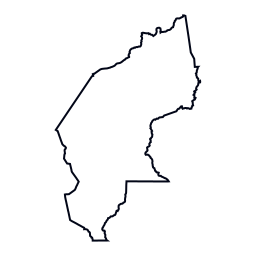 Santa Luzia, Maranhão, Brazil (Albers equal-area conic projection)
{"feature_id": "56859067B91143147838323", "entity_name": "Santa Luzia", "entity_type": "district", "adm_level": 2, "iso_a3": "BRA", "parent_name": "Brazil", "parent_adm1": "Maranhão", "projection": "albers", "projection_center": [-45.858, -4.292], "detail": "fine", "context": "isolated", "style": "outline", "palette": "ink", "viewbox_px": 256, "rotation_deg": 0, "n_neighbors": 0, "source": "geoboundaries", "source_scale": "gbopen_adm2", "svg_char_len": 5848}
<svg xmlns="http://www.w3.org/2000/svg" viewBox="0 0 256 256"><path d="M198.2,66.8L194.8,66.9L194.2,58.8L190.8,52.5L189.6,44.0L188.5,36.4L185.4,15.9L184.6,15.6L184.0,15.4L183.1,15.4L183.1,16.5L182.4,17.0L181.7,17.2L181.2,17.6L180.6,17.7L180.0,18.2L179.1,18.5L178.3,18.4L177.3,18.4L176.4,18.6L175.9,19.2L175.5,20.4L174.8,20.9L174.7,21.8L174.0,22.7L173.8,23.5L173.8,24.9L173.6,25.7L173.3,26.2L173.1,27.2L172.3,27.4L171.4,28.1L170.8,29.1L169.6,29.9L168.9,30.0L168.3,30.1L167.3,30.3L166.8,31.0L165.4,31.7L164.4,31.7L163.4,31.9L162.2,32.0L161.4,31.9L160.5,32.6L160.3,31.6L160.6,30.8L160.7,30.1L160.5,29.3L160.4,28.4L159.1,27.7L157.3,28.0L156.5,28.9L156.4,30.1L156.7,31.2L156.6,32.2L156.3,32.8L156.0,33.8L155.5,34.3L155.0,34.8L154.4,35.3L153.8,35.6L153.3,36.0L152.6,35.2L152.1,34.8L151.3,34.8L150.6,34.5L149.8,33.7L149.0,34.1L148.4,33.2L147.6,33.3L146.9,33.4L145.9,33.2L145.1,33.2L144.5,33.0L143.8,32.9L142.9,32.7L141.8,33.1L141.8,34.1L142.2,34.8L141.7,35.6L141.2,36.3L142.0,37.4L142.1,38.6L141.9,39.3L141.5,40.1L141.3,40.8L141.6,41.5L141.0,42.7L141.3,43.9L141.1,44.9L140.7,46.0L140.0,46.6L138.9,46.5L138.1,46.8L137.5,47.1L136.8,47.0L136.1,47.1L135.2,47.7L134.3,47.5L133.6,48.2L132.8,48.3L132.0,48.5L131.4,49.0L130.8,49.3L130.2,50.1L129.5,52.0L129.9,53.0L129.2,53.7L128.8,54.4L128.6,55.5L129.1,56.3L129.1,57.1L128.1,57.5L127.0,58.1L126.4,58.4L125.7,58.6L125.0,59.6L124.0,60.1L121.5,62.1L120.3,62.8L119.4,63.1L118.0,63.3L117.0,63.5L116.1,64.1L115.6,64.7L114.6,65.7L113.4,66.3L112.0,66.9L111.1,67.1L110.4,67.5L107.1,68.4L104.4,68.6L101.9,68.9L100.4,69.4L93.9,74.0L93.3,73.8L92.8,74.1L93.1,74.9L93.2,75.9L92.6,76.0L91.9,76.3L81.0,92.5L68.1,111.6L55.8,129.9L56.3,130.2L56.8,130.6L57.6,131.0L58.0,132.0L59.5,136.3L60.2,138.2L60.9,140.3L61.3,141.4L61.6,142.1L62.4,144.3L63.8,145.7L65.1,146.5L65.5,147.1L65.9,147.6L65.8,148.3L65.5,148.9L64.9,149.4L64.6,150.1L64.7,151.5L65.0,153.6L64.6,154.0L64.4,154.8L64.1,157.9L64.0,158.6L67.1,163.5L70.0,163.9L71.4,169.7L71.6,171.0L71.9,171.9L72.8,173.2L76.2,177.9L76.8,178.8L77.1,179.3L77.5,179.8L78.7,181.7L77.7,183.7L77.1,185.1L76.3,186.5L75.8,187.9L75.0,189.7L73.9,190.6L68.9,194.2L66.0,194.3L64.9,194.5L65.2,197.2L65.7,199.7L66.1,201.4L66.3,202.3L66.4,202.8L67.6,208.4L67.9,209.7L68.0,210.4L68.2,211.2L68.4,211.9L68.8,213.8L70.1,220.0L71.8,221.1L74.1,222.3L76.7,223.7L78.4,224.7L80.3,225.7L82.4,226.9L84.2,227.8L84.3,228.4L84.2,229.2L85.1,229.1L86.7,229.4L87.5,229.8L88.1,230.6L88.5,231.6L89.2,231.9L89.8,232.5L90.0,234.1L90.1,235.9L90.5,236.3L91.4,236.9L91.5,237.6L92.2,237.8L92.7,239.8L92.7,240.6L107.2,240.5L106.4,239.9L106.2,239.2L106.0,238.4L105.2,237.3L105.3,235.6L105.3,234.7L104.8,233.7L104.6,233.1L104.9,231.5L104.5,230.7L103.3,230.7L102.3,229.6L102.3,229.0L102.4,228.1L102.9,227.6L103.4,226.4L104.3,225.0L104.6,224.4L104.8,223.8L104.9,223.1L105.6,222.5L106.1,221.9L106.5,220.9L107.1,220.1L107.7,219.6L107.9,219.0L108.0,218.2L108.8,218.0L109.5,217.8L110.8,216.4L111.8,216.4L112.6,216.3L113.1,215.9L113.8,215.3L114.8,215.1L115.4,214.5L115.6,213.8L116.0,212.6L116.3,211.9L116.4,211.1L117.1,210.6L117.7,210.9L117.9,210.4L118.4,209.9L118.8,208.9L118.6,207.6L118.6,206.7L118.6,205.9L118.9,205.3L119.3,204.8L119.9,204.5L120.7,203.9L121.3,203.8L122.2,203.7L122.8,203.4L123.4,202.6L124.5,202.2L125.0,201.5L125.1,200.8L125.0,199.5L125.1,198.6L125.2,197.7L125.4,197.1L125.5,196.4L125.4,195.3L125.3,194.4L125.9,193.7L126.1,192.7L126.2,189.7L126.3,184.8L126.5,181.3L142.7,181.4L145.4,181.4L167.6,181.5L168.7,181.4L168.0,180.3L167.3,179.5L166.6,179.0L165.9,178.5L165.3,178.2L164.6,178.1L163.7,177.5L162.8,177.1L162.2,176.8L161.5,176.6L160.9,175.9L160.2,175.9L159.6,175.9L158.7,175.6L158.3,174.6L158.4,173.7L158.7,172.7L157.6,172.4L156.7,172.4L156.3,172.1L156.1,171.4L155.3,171.0L155.0,170.5L154.9,169.7L154.6,169.1L154.4,168.2L153.7,167.9L153.1,167.4L153.0,166.5L152.7,166.0L152.7,165.2L152.6,164.3L152.4,163.7L152.3,163.0L152.3,162.1L152.5,161.5L152.4,160.7L152.3,160.0L151.8,159.0L151.3,158.4L150.7,158.0L150.4,157.0L149.8,156.6L149.5,156.0L149.2,155.5L148.6,155.3L147.9,154.7L146.4,154.7L145.8,154.8L145.3,153.9L145.4,153.0L145.7,152.4L146.2,152.0L146.6,151.4L147.1,151.1L147.5,150.6L147.5,149.9L147.3,149.3L147.2,148.6L147.1,147.5L147.7,147.0L149.1,146.3L149.7,145.6L149.4,144.6L149.3,143.9L149.7,143.3L150.0,142.7L150.8,142.0L150.5,141.2L150.7,140.4L150.5,139.8L150.1,139.3L150.2,138.7L151.0,138.3L151.3,137.6L152.0,137.0L152.2,136.3L152.2,135.7L152.3,135.1L152.4,134.4L151.8,133.7L151.8,132.8L151.5,131.9L151.7,131.3L152.1,131.0L151.8,130.4L151.2,129.6L150.9,128.9L150.4,128.3L150.8,127.7L150.7,127.0L150.4,126.1L150.5,125.1L150.8,124.5L151.0,123.7L151.2,123.0L151.5,122.6L151.9,122.1L152.3,121.1L153.2,120.2L153.8,119.7L154.6,119.4L155.4,119.7L156.0,119.1L156.7,118.6L157.4,118.8L158.3,118.6L158.6,118.0L159.4,117.5L160.1,117.3L160.8,117.4L161.8,117.1L162.8,117.1L163.3,116.5L163.7,116.1L164.2,115.5L165.8,115.0L173.7,112.2L176.3,111.3L176.8,110.7L177.4,109.6L178.1,108.9L178.7,108.9L179.4,108.5L179.7,108.0L180.2,107.5L180.7,106.8L181.1,106.4L181.9,106.3L182.1,107.1L182.0,107.8L182.5,108.1L182.7,108.7L183.6,108.4L184.3,108.3L185.0,108.0L185.9,108.0L186.5,108.1L187.0,108.5L187.8,108.1L188.8,108.4L189.6,108.9L190.6,108.8L191.4,108.6L191.5,107.5L192.0,106.9L192.3,105.7L193.1,105.4L192.8,104.1L192.7,102.3L192.4,101.8L192.2,101.2L193.0,100.6L194.1,99.8L194.8,99.5L195.5,98.0L194.3,97.7L194.5,96.8L194.3,95.4L193.5,94.9L193.9,94.3L194.6,93.8L194.5,93.0L195.1,92.3L194.5,92.0L194.2,91.4L195.1,90.8L196.2,90.0L196.6,89.6L196.3,89.1L196.1,88.6L196.3,87.8L196.5,87.1L197.8,85.5L198.2,84.8L198.3,83.4L198.5,82.6L199.5,82.6L200.1,82.4L200.2,81.7L200.1,81.0L199.5,81.4L198.8,81.5L198.4,80.7L198.2,79.3L198.2,78.6L197.4,77.8L196.9,77.6L196.9,76.8L196.6,76.2L196.2,75.1L196.4,74.2L195.9,73.5L196.7,72.4L196.9,70.2L197.3,69.6L197.5,68.7L197.7,68.2L197.5,67.6L198.2,66.8Z" fill="none" stroke="#020617" stroke-width="2"/></svg>